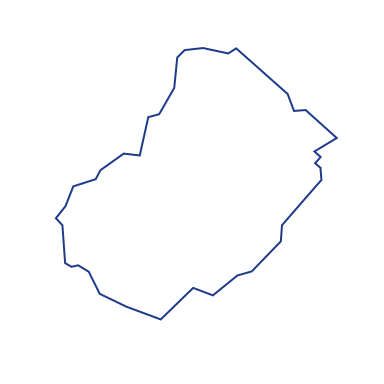 outline of White, Georgia, United States of America, rotated 221°
{"feature_id": "52423323B49409281283083", "entity_name": "White", "entity_type": "district", "adm_level": 2, "iso_a3": "USA", "parent_name": "United States of America", "parent_adm1": "Georgia", "projection": "orthographic", "projection_center": [-83.744, 34.653], "detail": "fine", "context": "isolated", "style": "outline", "palette": "blue", "viewbox_px": 384, "rotation_deg": 221, "n_neighbors": 0, "source": "geoboundaries", "source_scale": "gbopen_adm2", "svg_char_len": 646}
<svg xmlns="http://www.w3.org/2000/svg" viewBox="0 0 384 384"><g transform="rotate(221 192 192)"><path d="M108.4,127.7L103.0,158.7L94.8,171.3L92.6,213.1L102.3,226.0L102.3,276.7L102.2,286.0L110.4,294.0L110.7,294.5L117.9,294.5L117.9,302.8L126.2,302.9L118.2,327.7L160.0,328.4L168.2,320.1L184.1,328.7L252.8,329.4L255.6,320.3L278.1,307.9L290.6,294.3L291.4,283.9L273.7,258.9L267.8,229.2L274.1,219.8L255.4,185.3L268.7,176.2L275.4,148.5L273.1,138.5L285.3,118.4L278.2,98.3L277.5,82.9L268.0,81.9L241.1,55.1L233.9,56.5L229.8,62.0L217.6,64.1L194.8,54.6L166.2,62.4L132.0,75.3L128.2,120.4L108.4,127.7Z" fill="none" stroke="#1e3a8a" stroke-width="2"/></g></svg>